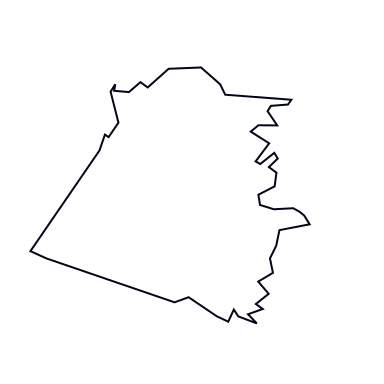 Mercer, Kentucky, United States of America, rotated 28°
{"feature_id": "52423323B2643841016629", "entity_name": "Mercer", "entity_type": "district", "adm_level": 2, "iso_a3": "USA", "parent_name": "United States of America", "parent_adm1": "Kentucky", "projection": "orthographic", "projection_center": [-84.826, 37.824], "detail": "fine", "context": "isolated", "style": "outline", "palette": "ink", "viewbox_px": 384, "rotation_deg": 28, "n_neighbors": 0, "source": "geoboundaries", "source_scale": "gbopen_adm2", "svg_char_len": 804}
<svg xmlns="http://www.w3.org/2000/svg" viewBox="0 0 384 384"><g transform="rotate(28 192 192)"><path d="M77.1,320.1L94.7,319.0L228.4,297.6L238.4,286.5L272.3,290.1L284.9,289.5L284.1,276.2L291.4,280.1L310.9,277.6L298.9,273.6L309.4,262.1L301.0,260.9L307.5,245.9L292.5,240.0L301.4,225.4L292.0,214.0L291.6,200.0L287.1,184.6L311.0,165.3L302.1,160.1L296.5,159.0L289.0,158.8L272.4,168.8L258.1,171.5L251.9,163.2L262.3,148.2L257.5,135.3L248.2,133.9L252.0,122.2L246.3,118.8L239.1,135.3L233.8,135.1L237.3,112.8L215.5,111.1L219.3,101.9L236.0,93.2L220.8,85.2L221.2,78.9L235.7,69.7L236.4,63.9L175.7,90.5L166.3,83.7L141.5,77.8L113.5,94.2L103.8,120.5L94.9,119.2L89.4,133.4L75.7,139.2L73.7,132.9L73.0,141.6L94.5,165.3L92.6,182.7L88.2,182.2L90.8,198.9L77.1,320.1Z" fill="none" stroke="#020617" stroke-width="2"/></g></svg>